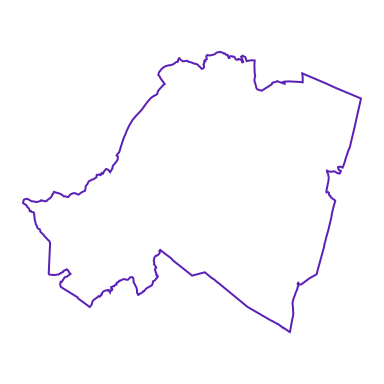 Razboieni, Neamt, Romania (orthographic projection)
{"feature_id": "2599482B74190320354557", "entity_name": "Razboieni", "entity_type": "district", "adm_level": 2, "iso_a3": "ROU", "parent_name": "Romania", "parent_adm1": "Neamt", "projection": "orthographic", "projection_center": [26.546, 47.074], "detail": "fine", "context": "isolated", "style": "outline", "palette": "violet", "viewbox_px": 384, "rotation_deg": 0, "n_neighbors": 0, "source": "geoboundaries", "source_scale": "gbopen_adm2", "svg_char_len": 5861}
<svg xmlns="http://www.w3.org/2000/svg" viewBox="0 0 384 384"><path d="M316.5,274.4L324.0,247.1L324.3,246.1L324.1,245.8L324.8,242.9L325.3,241.5L326.2,237.5L328.3,230.2L331.5,216.6L331.7,214.6L333.6,206.5L335.3,200.9L334.9,200.3L331.1,197.6L330.7,197.1L330.5,196.0L329.3,195.4L328.9,194.1L329.0,193.1L328.6,192.5L328.1,192.1L327.1,192.1L326.6,192.4L326.4,191.6L326.5,190.3L328.3,181.6L328.7,178.6L328.7,177.3L328.4,175.9L328.3,174.9L328.1,174.0L327.1,172.1L326.8,170.9L327.0,170.6L327.8,171.2L328.4,171.4L331.9,171.8L333.1,171.4L334.1,171.3L335.2,171.7L337.3,173.1L338.3,173.2L339.5,173.6L340.3,172.7L340.9,171.0L340.8,170.7L339.2,170.4L338.0,167.7L338.1,167.0L340.3,166.6L340.9,167.1L341.6,167.1L342.6,167.6L343.4,165.8L345.0,161.1L345.7,158.4L348.7,149.6L349.7,147.7L354.4,127.9L361.0,98.5L334.5,87.4L326.6,83.7L302.3,73.4L302.7,77.6L302.7,82.3L300.1,82.0L289.2,81.4L285.6,81.5L283.2,81.9L283.2,82.1L284.8,82.5L284.6,83.8L278.0,81.5L277.2,81.1L276.2,81.7L275.0,82.1L272.6,82.6L272.2,82.9L272.1,83.7L271.8,84.3L261.8,90.7L257.5,89.5L256.4,88.0L255.6,84.6L254.7,81.8L254.4,79.8L254.9,77.0L255.2,76.4L254.8,73.7L254.6,70.8L254.4,64.7L254.7,60.5L251.5,60.2L246.7,61.1L245.1,56.9L243.2,56.2L242.8,55.7L242.2,55.9L241.1,56.8L241.6,57.6L243.3,62.0L243.1,62.2L242.2,62.3L242.0,61.2L241.3,60.1L240.0,59.3L239.0,59.3L238.8,59.0L238.5,58.9L238.0,59.2L237.9,59.7L236.3,59.7L235.7,59.2L234.3,56.8L232.8,56.7L232.3,56.3L230.2,56.2L229.4,57.0L229.5,57.9L228.9,58.0L228.8,57.4L228.2,56.9L227.9,55.2L227.1,54.8L225.8,54.7L225.0,53.6L224.7,53.4L224.2,53.4L223.7,53.5L223.4,53.1L222.4,52.7L220.4,51.9L219.7,51.9L219.4,52.1L217.4,52.3L216.7,52.6L214.4,54.4L209.7,55.5L207.4,55.1L206.6,55.5L206.6,56.2L206.3,56.8L206.8,59.2L205.2,59.9L205.4,61.1L204.3,61.1L204.4,62.5L204.0,62.8L204.0,64.0L203.5,64.4L204.1,66.7L203.6,68.1L202.8,68.6L201.7,68.8L199.8,66.7L199.0,66.3L198.2,65.2L197.5,64.5L194.7,63.6L193.9,63.6L191.7,62.5L188.6,61.8L187.4,60.8L182.9,61.3L181.0,60.1L180.4,59.6L179.4,58.2L179.2,58.1L178.6,58.8L178.0,60.7L178.0,61.3L177.8,61.8L176.5,61.9L173.2,64.3L170.4,65.2L169.6,65.2L166.4,65.9L165.3,66.3L163.2,67.6L161.3,69.3L159.0,72.3L158.3,75.1L159.5,76.3L160.3,77.6L160.4,78.2L164.7,84.0L162.7,85.6L158.5,90.4L158.0,91.2L157.1,94.2L152.6,96.7L150.6,98.3L149.2,99.9L145.9,103.9L142.7,108.5L140.5,111.1L136.0,115.9L132.6,119.9L131.9,121.1L129.7,124.7L127.8,128.5L126.5,131.4L125.2,134.9L124.1,137.0L122.4,141.8L119.3,151.9L119.1,152.4L117.7,153.8L116.6,155.5L117.9,156.4L117.6,159.8L115.3,163.0L113.2,165.4L112.7,166.3L112.5,167.3L112.7,167.9L110.1,172.2L108.3,169.9L107.3,169.3L106.1,169.0L105.5,169.6L103.9,171.7L103.0,173.6L102.6,173.9L102.0,173.9L102.0,173.2L101.8,173.0L100.8,174.1L100.5,174.7L100.6,175.1L100.3,175.2L99.3,174.4L97.7,175.0L96.8,174.9L96.5,176.2L96.5,177.2L93.8,179.0L92.4,179.6L91.7,179.7L90.6,180.5L88.9,181.2L87.9,182.8L87.7,183.7L86.0,185.7L85.6,187.1L85.2,190.1L85.0,190.8L83.1,191.6L81.0,192.7L79.3,194.1L78.3,194.6L77.5,194.4L76.7,193.8L75.0,193.2L74.1,193.2L72.5,193.4L70.2,194.6L68.2,197.1L64.8,196.3L63.6,196.3L61.7,194.6L59.2,193.4L55.4,192.4L54.0,191.8L53.8,192.1L53.4,193.4L52.7,193.9L52.2,194.8L51.5,196.7L49.7,198.5L48.5,199.2L47.2,200.2L46.7,201.0L44.8,201.3L41.6,200.3L40.9,200.4L40.8,200.9L37.0,202.0L36.0,202.1L34.8,201.6L31.4,201.2L28.3,199.3L26.6,198.8L24.0,199.6L23.5,200.7L23.0,203.0L26.4,205.3L27.4,207.1L28.9,208.4L29.4,209.9L29.9,210.7L29.9,211.2L31.0,211.0L31.3,211.6L32.0,212.1L33.4,212.2L34.0,213.1L34.3,215.0L34.5,218.2L35.8,224.2L36.9,226.0L37.2,227.3L38.1,228.6L39.9,229.5L40.5,231.9L43.4,234.6L44.4,236.1L48.0,239.9L49.3,241.0L50.1,243.2L48.7,273.8L49.2,274.4L50.0,274.7L51.8,274.8L52.5,275.0L53.0,274.8L53.7,275.0L55.7,274.9L56.8,274.6L58.5,274.6L60.1,273.4L60.8,273.4L61.0,272.9L61.6,272.8L62.3,272.2L63.0,272.0L63.4,271.6L63.2,271.3L64.5,270.3L66.2,269.9L66.5,269.4L67.9,270.1L69.3,272.6L70.5,273.9L66.8,276.7L65.6,276.9L64.6,277.4L61.8,281.8L60.7,281.8L60.1,284.3L60.9,287.0L77.7,297.4L78.0,298.4L89.7,307.0L91.3,305.2L91.8,304.2L92.4,301.9L93.2,300.3L97.6,297.1L98.6,296.1L99.7,296.7L100.4,295.9L101.2,295.2L101.3,294.4L101.8,294.4L101.8,293.8L102.4,292.6L103.2,291.7L104.7,290.7L105.5,290.5L107.3,290.4L107.4,290.5L108.1,290.6L108.3,290.5L108.2,290.0L108.4,290.0L109.4,290.3L109.7,291.7L110.0,292.3L110.3,291.3L111.0,290.8L111.7,290.5L111.8,290.0L112.3,289.5L112.2,289.0L111.9,288.7L111.4,288.9L111.1,288.4L111.2,287.0L111.9,287.0L113.3,286.1L114.2,286.2L115.3,284.7L116.6,284.5L116.5,283.1L117.1,282.5L118.1,282.3L119.3,280.8L119.7,281.0L120.6,280.3L121.6,280.1L122.9,279.3L124.2,279.0L125.4,279.5L127.4,279.8L127.8,279.8L129.3,278.3L129.7,278.1L130.1,277.5L130.4,277.3L131.4,277.1L132.2,277.1L133.0,277.8L133.4,278.9L133.7,282.6L134.3,283.4L136.5,287.8L137.0,289.9L137.0,292.3L137.6,293.9L138.2,294.9L139.9,293.9L139.8,293.7L140.9,293.3L143.2,291.8L143.6,291.4L143.5,291.2L144.1,291.1L146.0,288.8L146.9,288.1L151.0,285.8L151.7,285.2L151.9,285.2L152.7,283.5L152.7,283.1L152.9,282.6L153.0,281.3L154.6,280.6L157.6,277.0L157.8,276.5L156.7,275.5L157.1,275.1L156.2,274.1L156.1,272.5L155.7,272.3L155.6,271.6L155.0,270.1L154.9,269.2L155.6,268.7L155.7,267.8L156.2,267.6L156.2,267.3L153.9,264.1L154.2,263.0L154.2,261.9L153.7,261.0L154.2,258.2L154.4,257.5L155.8,255.7L156.9,255.7L158.4,254.6L159.6,253.2L159.8,252.5L159.9,251.8L159.3,251.0L160.2,249.9L163.8,252.8L170.4,257.7L172.4,259.6L172.7,260.2L192.1,275.6L204.8,272.3L211.7,278.0L212.0,278.3L212.4,278.3L214.3,279.6L216.8,281.8L219.2,283.6L247.5,306.9L269.9,319.9L272.9,321.4L277.6,324.0L277.7,323.9L278.0,324.0L283.4,328.1L283.6,327.8L289.8,332.1L290.1,331.3L292.3,318.9L292.9,316.5L293.4,313.3L293.2,313.0L293.0,307.7L292.5,303.7L292.8,301.4L293.7,298.1L295.1,294.7L295.5,293.1L297.3,289.0L297.7,286.9L298.4,286.3L298.3,285.8L297.6,283.7L298.2,282.8L299.4,284.3L300.4,284.5L301.3,284.4L309.5,278.3L316.5,274.4Z" fill="none" stroke="#5b21b6" stroke-width="2"/></svg>